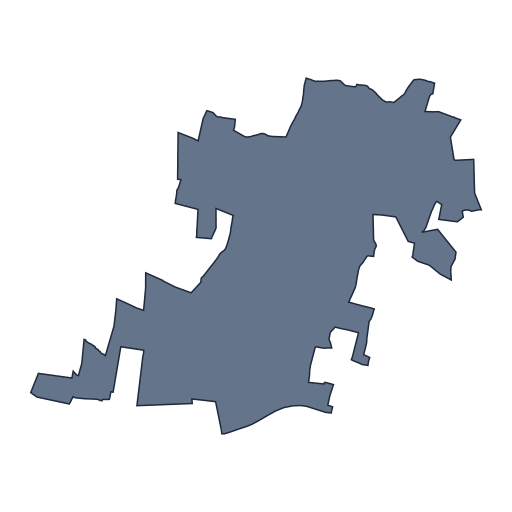 Dzitás, Yucatán, Mexico (orthographic projection)
{"feature_id": "50627088B32826565100822", "entity_name": "Dzitás", "entity_type": "district", "adm_level": 2, "iso_a3": "MEX", "parent_name": "Mexico", "parent_adm1": "Yucatán", "projection": "orthographic", "projection_center": [-88.529, 20.833], "detail": "fine", "context": "isolated", "style": "filled", "palette": "slate", "viewbox_px": 512, "rotation_deg": 0, "n_neighbors": 0, "source": "geoboundaries", "source_scale": "gbopen_adm2", "svg_char_len": 6002}
<svg xmlns="http://www.w3.org/2000/svg" viewBox="0 0 512 512"><path d="M38.4,373.4L30.7,392.6L37.1,397.1L69.3,404.0L70.1,402.6L71.2,400.5L71.7,399.3L72.3,398.1L73.1,396.7L73.6,397.2L74.4,397.5L76.4,397.9L84.0,398.7L96.4,399.2L98.4,399.6L99.2,400.0L100.2,400.5L102.0,400.8L102.3,399.5L109.4,399.4L110.9,391.8L113.1,392.2L120.8,346.8L143.7,350.2L143.7,352.1L142.7,357.6L136.9,405.7L192.3,403.5L191.8,399.0L200.4,399.9L215.6,401.7L221.2,429.3L221.7,432.7L221.7,433.7L224.2,433.9L224.9,433.7L229.7,432.2L239.4,428.8L245.9,426.7L248.7,425.6L249.8,425.2L252.5,424.0L258.0,421.0L268.9,414.7L275.8,410.9L283.9,407.6L292.5,405.9L298.0,405.6L301.3,405.6L306.5,406.3L325.7,412.4L331.2,413.0L332.6,406.8L327.8,405.2L329.9,395.6L333.5,384.6L325.6,382.4L324.4,382.5L324.1,384.0L308.6,382.4L309.5,375.2L309.7,370.4L310.5,365.2L315.3,347.0L317.2,347.0L318.5,347.3L319.8,347.5L321.2,347.8L323.8,348.1L325.3,348.1L328.7,347.9L331.7,348.0L330.6,343.4L330.3,342.5L330.0,341.6L329.6,340.9L329.2,339.8L329.0,338.8L329.3,337.6L329.7,335.6L329.9,334.1L330.0,333.4L330.7,331.9L332.9,329.7L334.4,327.9L335.0,327.1L340.6,328.5L347.7,329.9L351.6,330.9L358.5,332.7L353.5,352.5L352.5,356.5L351.3,359.7L353.9,361.0L357.2,362.3L362.5,364.6L364.3,364.8L367.9,365.5L368.6,360.9L369.7,357.5L363.7,354.6L366.6,343.1L366.9,337.9L369.1,321.7L369.6,320.8L370.8,319.2L372.3,315.5L373.0,313.1L373.7,310.6L374.2,308.9L367.6,307.1L363.4,306.1L355.4,304.0L351.4,302.8L348.7,302.2L349.8,299.8L350.1,298.9L352.1,294.7L352.3,294.0L353.0,292.8L353.3,291.9L353.7,291.1L355.2,287.7L355.5,286.7L355.7,285.6L355.9,284.9L356.3,283.0L356.5,281.7L356.7,279.7L357.4,276.0L357.8,274.1L358.4,270.5L359.4,267.2L360.0,265.9L361.9,263.7L362.3,263.3L363.7,261.4L364.1,260.7L364.4,260.1L365.2,259.1L366.0,258.0L366.4,256.9L367.4,256.2L367.9,255.8L369.0,255.9L372.4,256.3L373.6,256.4L373.8,255.0L374.0,253.4L374.3,251.1L374.9,248.9L375.5,247.8L376.3,246.0L375.8,243.8L373.9,240.7L373.6,240.0L373.0,214.5L381.9,215.0L389.1,216.0L395.8,216.9L399.7,224.6L408.2,241.4L414.5,243.2L413.6,249.3L413.0,253.2L412.9,255.1L412.1,257.0L417.8,261.3L429.3,265.2L440.2,274.1L451.3,280.0L451.0,275.5L450.7,271.9L451.0,266.5L455.0,259.2L456.0,252.2L437.6,229.3L421.6,232.3L423.7,231.2L424.1,230.2L425.2,228.7L426.1,227.0L426.6,225.5L427.0,224.1L427.5,222.8L428.0,221.6L428.3,220.3L428.9,219.0L429.6,216.6L430.1,215.3L431.0,212.9L431.2,212.0L431.8,210.8L432.9,208.4L433.7,206.6L434.2,205.1L435.2,203.6L435.9,202.2L436.5,201.4L438.4,202.4L439.6,203.2L440.1,203.6L441.7,204.4L438.8,219.4L457.4,221.8L463.3,217.2L462.2,211.2L463.7,210.5L464.8,210.1L466.2,210.0L467.2,210.0L469.3,210.2L471.5,211.3L478.3,209.9L479.6,209.7L481.3,209.8L474.6,192.9L473.7,159.4L455.5,160.3L454.1,159.8L450.4,137.1L460.8,119.9L454.5,117.6L454.1,117.1L453.6,117.3L438.7,111.7L432.6,111.8L425.0,111.5L429.5,96.4L431.1,94.2L432.8,93.8L434.6,83.2L433.8,83.0L433.6,82.8L432.6,82.6L431.9,82.2L430.0,81.6L428.6,81.6L425.6,80.4L422.4,79.6L419.2,79.2L414.7,79.7L414.3,79.6L413.1,80.7L410.3,84.4L408.9,86.2L408.1,87.4L405.7,91.3L405.5,92.0L404.5,93.9L402.7,95.4L401.7,96.0L401.2,96.5L400.4,97.2L398.0,99.1L393.8,102.5L390.7,101.9L389.0,101.8L387.2,102.1L386.2,102.0L383.9,100.8L382.2,99.7L380.4,97.9L377.3,94.9L376.8,94.3L376.2,93.4L375.4,92.6L374.2,91.5L373.0,90.4L372.3,89.8L371.4,89.3L370.5,89.0L369.2,88.4L368.7,87.9L368.3,87.1L367.3,86.2L366.5,85.7L365.3,85.4L359.7,84.9L358.7,84.8L356.9,84.4L356.6,85.0L356.3,85.9L355.2,86.9L354.1,86.6L353.2,86.6L350.5,86.3L347.8,85.9L345.7,85.5L344.7,85.1L343.8,84.2L343.3,83.7L342.3,82.8L340.6,81.1L340.0,80.7L338.0,80.4L337.1,80.2L333.0,80.5L330.0,80.6L325.9,81.1L324.8,81.2L322.8,81.3L320.7,81.3L318.4,81.3L317.3,81.1L315.8,81.5L313.7,80.7L313.0,80.5L312.4,80.3L311.7,80.0L311.1,79.6L309.4,79.2L306.2,78.1L305.4,81.0L304.9,83.0L304.3,85.0L303.7,90.4L303.6,91.7L303.6,93.0L303.2,96.0L302.9,97.1L302.7,99.7L302.1,102.7L301.8,103.9L300.7,107.2L299.3,109.6L298.2,112.2L297.4,113.7L296.8,114.5L295.9,116.2L295.1,117.9L294.1,120.0L293.3,121.2L292.6,122.5L291.5,124.5L291.0,125.8L290.5,126.3L290.2,127.3L286.0,137.0L273.4,136.5L272.3,136.5L270.3,136.2L268.5,135.9L267.1,135.3L266.3,134.7L265.0,134.1L262.8,133.4L261.9,133.6L260.4,133.6L259.5,134.1L258.3,134.6L257.6,134.7L256.0,135.1L254.8,135.5L254.1,135.5L253.2,135.7L252.0,136.2L249.8,136.8L247.2,137.0L246.0,136.9L245.0,136.8L233.6,130.3L234.1,128.4L234.6,126.6L235.2,120.3L235.3,119.3L233.5,119.1L229.6,118.6L228.8,118.4L227.4,118.3L221.8,117.5L221.0,117.0L219.0,117.0L217.6,116.8L216.2,116.1L214.3,114.0L212.9,112.5L210.2,111.7L208.7,111.1L206.8,110.7L205.0,114.6L203.1,118.8L198.1,140.9L192.5,138.1L178.1,132.5L177.6,179.2L180.9,179.8L179.8,183.4L178.5,187.3L178.0,188.5L177.3,189.4L177.0,190.0L176.7,191.8L176.8,193.0L176.5,194.2L176.3,196.2L175.7,199.4L175.2,203.4L198.0,209.4L197.1,226.8L196.9,230.0L196.7,231.5L196.8,232.7L196.8,234.3L196.7,235.0L196.4,237.4L211.4,238.7L212.1,236.6L213.4,234.0L215.7,229.0L216.1,227.4L216.0,223.6L216.0,222.3L215.9,221.4L216.1,220.1L216.0,217.7L216.0,208.5L233.1,215.4L232.9,216.3L232.5,218.3L232.4,219.3L232.3,220.4L231.9,222.8L231.7,223.8L231.6,224.4L231.4,225.2L231.1,226.7L230.9,228.3L230.5,231.9L230.1,234.0L229.2,237.1L229.0,237.8L228.7,239.4L228.4,240.2L226.9,245.2L226.5,246.1L226.1,247.3L225.5,248.6L224.8,249.6L224.0,250.5L223.1,251.2L222.2,251.7L219.8,254.0L219.2,255.0L218.0,257.2L217.3,258.0L216.9,258.8L215.3,260.8L213.7,262.9L203.3,276.1L201.8,277.5L201.2,278.2L200.8,282.3L191.1,292.8L175.4,287.1L162.6,280.7L162.7,280.4L145.7,272.8L145.6,288.2L143.6,310.3L136.9,308.1L126.9,303.4L116.7,298.8L115.9,309.8L114.0,326.1L105.4,355.6L104.9,354.9L104.5,354.7L103.2,354.2L102.5,353.8L101.8,353.6L101.3,353.2L100.8,352.7L100.2,351.6L99.1,351.0L98.4,350.3L98.0,349.5L97.3,349.3L96.7,348.7L96.0,348.5L95.6,348.2L95.1,346.9L93.8,345.7L92.9,345.5L91.8,344.4L90.6,343.9L89.7,343.4L88.8,343.2L87.8,342.3L86.1,341.3L85.8,340.8L85.9,340.2L84.1,339.4L81.8,363.3L78.4,375.7L76.9,375.1L75.9,374.2L73.2,371.2L71.9,378.0L38.4,373.4Z" fill="#64748b" stroke="#1e293b" stroke-width="1.5"/></svg>